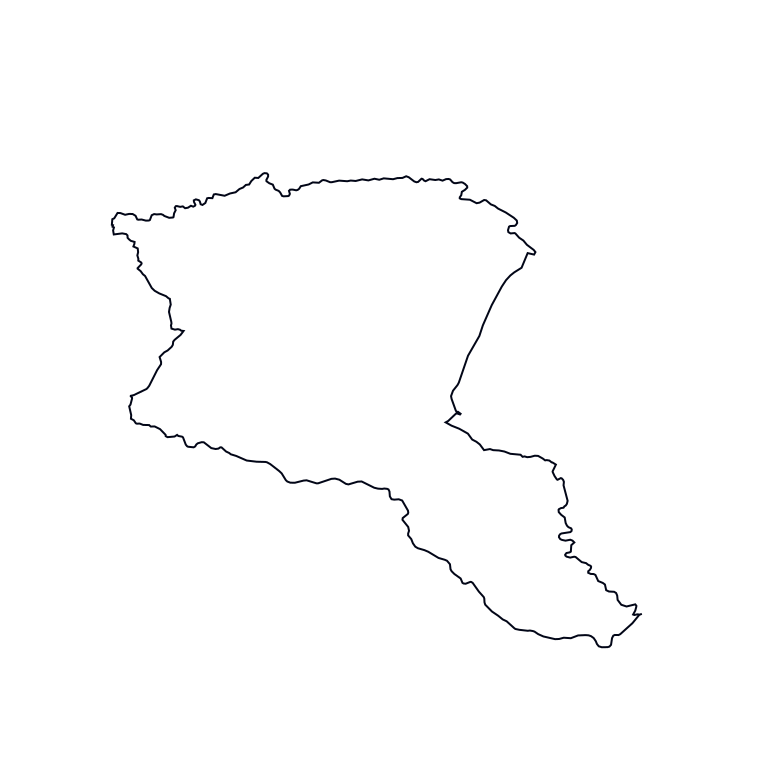 outline of Saraphi, Chiang Mai, Thailand, rotated 282°
{"feature_id": "78962969B91762901064506", "entity_name": "Saraphi", "entity_type": "district", "adm_level": 2, "iso_a3": "THA", "parent_name": "Thailand", "parent_adm1": "Chiang Mai", "projection": "robinson", "projection_center": [99.016, 18.691], "detail": "fine", "context": "isolated", "style": "outline", "palette": "ink", "viewbox_px": 768, "rotation_deg": 282, "n_neighbors": 0, "source": "geoboundaries", "source_scale": "gbopen_adm2", "svg_char_len": 6153}
<svg xmlns="http://www.w3.org/2000/svg" viewBox="0 0 768 768"><g transform="rotate(282 384 384)"><path d="M596.5,421.6L597.4,419.1L597.4,417.6L595.4,412.7L595.1,410.8L595.7,409.0L597.8,406.2L598.0,404.6L597.3,402.1L595.1,399.0L595.5,395.1L594.2,391.8L593.8,386.0L591.0,382.5L591.3,381.0L592.6,379.1L592.6,378.0L588.8,375.4L588.1,373.8L588.4,371.5L591.4,365.2L591.8,362.5L589.4,359.2L588.2,354.3L586.2,350.3L585.1,341.0L582.8,336.9L582.8,332.0L579.9,326.4L579.6,320.1L576.7,314.1L576.1,309.2L574.7,305.9L573.6,297.8L570.5,290.9L570.2,289.3L571.0,284.7L570.9,282.3L570.4,281.2L567.3,278.5L566.4,272.4L563.5,268.8L560.2,261.5L557.3,260.4L555.9,259.2L555.2,257.8L555.2,254.5L554.6,251.8L553.2,250.9L550.4,252.4L548.6,252.0L547.9,251.2L546.7,246.8L546.8,245.2L549.8,242.6L551.0,240.8L551.6,237.5L552.3,236.3L555.9,233.8L556.5,230.1L557.9,226.9L559.1,226.5L562.9,227.5L564.7,227.1L565.7,225.6L565.4,223.2L564.4,221.8L559.4,218.2L558.9,214.7L554.9,212.0L551.1,210.6L550.0,207.5L546.9,205.3L544.7,202.1L540.7,199.0L538.3,193.7L535.0,189.0L534.8,179.9L534.0,178.1L530.1,177.5L529.5,173.7L528.9,172.4L523.9,171.6L521.4,169.2L521.7,167.3L524.3,165.9L525.3,164.7L525.5,161.6L524.1,159.8L522.7,160.2L520.0,162.3L519.0,162.0L517.8,160.5L518.2,158.1L515.7,155.6L514.6,152.9L515.9,150.3L514.9,147.8L515.0,144.4L514.6,143.3L512.9,142.7L510.7,144.1L507.3,143.2L503.5,143.4L503.0,143.0L501.9,139.3L502.7,134.2L503.5,132.7L503.8,130.6L502.6,126.4L502.4,123.8L500.8,121.7L495.7,120.9L495.0,120.0L494.3,117.1L494.5,112.7L493.6,109.5L493.7,108.4L496.9,106.0L498.0,102.8L497.4,99.4L495.7,95.6L496.4,90.6L495.9,87.8L490.0,85.7L488.7,84.0L483.1,84.7L483.0,85.9L481.4,85.7L481.0,87.3L477.9,87.1L474.1,88.6L476.9,96.6L477.0,100.7L476.0,102.2L473.7,102.8L472.5,104.5L471.4,106.6L471.1,110.5L469.2,110.7L466.4,110.3L465.4,114.9L461.8,116.1L458.5,116.0L455.4,117.7L453.6,118.0L452.4,121.2L451.7,121.8L450.6,121.7L446.1,118.9L445.6,119.0L443.8,122.5L441.2,125.4L440.0,127.8L429.6,136.9L427.5,140.3L425.9,145.3L424.6,152.5L423.0,155.5L422.8,156.8L417.3,158.9L413.9,158.5L409.8,158.7L400.4,163.1L398.7,163.6L397.2,163.4L394.0,164.6L393.7,168.2L394.8,171.0L394.7,173.1L394.0,174.5L394.2,176.9L389.7,174.8L383.8,170.1L381.7,169.0L378.4,169.3L376.3,168.6L371.8,165.4L369.3,162.5L363.7,158.9L359.2,161.4L357.0,161.8L350.4,159.2L333.4,154.7L330.9,153.5L329.7,152.7L321.0,141.4L319.8,138.8L319.4,138.8L318.4,140.3L317.4,140.6L311.1,140.3L309.2,139.4L301.0,143.2L297.4,143.7L296.5,146.8L294.0,149.4L293.8,150.5L294.5,153.3L293.9,156.9L295.0,162.8L293.9,164.7L294.8,168.5L293.3,174.3L288.9,180.9L287.6,181.3L287.0,183.3L289.1,190.1L291.2,192.2L290.4,193.6L290.5,197.4L290.0,198.5L283.5,202.7L282.2,204.3L281.9,205.4L282.5,211.0L283.7,212.3L285.8,213.0L287.3,214.2L289.2,217.8L289.5,219.9L285.4,228.4L285.4,232.8L286.4,235.5L288.0,237.0L288.2,238.3L285.1,243.6L284.3,247.0L283.4,248.7L282.9,254.4L280.6,265.6L281.5,275.6L283.1,284.2L283.1,285.8L282.0,289.4L277.0,299.7L275.3,302.5L269.5,308.0L268.5,309.7L268.0,312.9L268.9,317.4L272.8,325.4L273.7,328.3L272.8,338.6L273.1,340.1L280.3,352.3L281.3,355.8L281.1,360.2L278.4,367.5L278.4,370.1L283.0,378.6L284.0,382.4L280.5,396.0L280.4,399.9L281.0,404.0L281.8,406.0L282.1,408.9L281.8,410.3L280.0,411.7L275.3,413.1L272.9,415.3L273.0,418.0L274.3,422.4L273.8,426.0L265.1,433.8L263.1,434.5L261.8,434.3L256.8,430.2L255.0,430.3L249.2,437.4L245.6,439.0L242.8,438.7L240.9,439.1L238.0,442.9L234.2,445.4L231.4,448.4L230.4,451.3L229.9,458.1L229.1,462.2L225.2,473.5L224.7,480.0L224.2,482.4L221.4,486.0L216.6,487.6L214.9,489.1L212.8,492.3L209.7,499.4L205.8,502.1L205.4,503.3L205.6,505.4L208.4,509.6L208.5,510.5L207.9,512.1L200.7,519.9L196.3,525.9L195.0,526.7L191.3,527.7L189.2,528.9L183.9,536.9L181.1,543.8L178.4,549.1L177.4,553.3L172.4,561.9L171.7,563.4L171.7,567.5L172.5,575.9L173.2,578.0L173.3,581.0L173.1,582.7L171.4,586.8L170.2,592.4L170.0,604.4L171.0,608.3L173.2,612.6L174.2,619.6L178.4,626.1L180.3,633.4L180.7,636.4L180.4,638.9L179.1,641.9L176.4,644.7L174.0,646.3L172.1,648.6L171.8,651.8L173.1,657.4L174.0,659.1L176.1,660.3L182.8,659.9L185.5,660.6L186.5,661.9L187.2,665.6L188.4,667.1L201.8,676.8L211.3,681.7L212.8,684.0L211.6,682.2L211.4,679.8L210.1,676.9L210.3,675.6L214.6,676.9L218.6,677.1L219.5,677.0L220.7,675.6L216.8,667.5L217.4,662.0L221.4,657.4L225.5,656.1L227.8,654.5L228.6,652.3L227.8,647.2L228.5,644.2L233.8,641.8L234.9,639.4L235.8,634.5L241.2,630.5L241.7,628.6L241.2,625.7L241.8,623.0L243.3,622.7L245.0,624.0L247.1,624.7L248.3,624.6L249.1,623.9L249.6,621.3L250.8,618.9L250.9,614.4L254.6,607.4L254.6,605.9L252.9,602.2L253.1,598.4L253.9,597.0L254.7,596.7L256.6,597.6L257.9,600.6L258.9,601.6L265.3,600.7L268.6,603.1L270.0,600.9L270.4,598.6L268.5,594.1L268.5,590.5L268.9,588.7L270.5,587.0L272.1,586.8L273.8,587.6L274.7,588.7L277.9,597.1L279.2,598.0L280.7,597.9L281.7,597.1L282.3,594.2L283.5,592.4L285.8,590.6L291.0,588.5L292.9,584.5L295.0,581.6L297.2,580.9L297.9,581.1L299.4,582.9L300.3,585.3L301.8,585.9L303.0,587.1L304.8,587.8L307.9,587.9L322.2,580.7L325.7,580.3L327.4,579.2L328.6,577.5L328.7,576.5L326.4,573.7L326.6,572.9L329.4,570.0L332.8,567.4L333.6,567.1L340.9,568.9L342.3,565.0L342.2,564.3L343.5,561.7L343.4,559.0L342.8,557.5L344.1,554.8L345.7,549.7L345.2,546.4L343.2,542.5L342.2,539.3L342.4,536.6L341.6,534.7L343.2,532.3L342.0,522.1L343.0,515.8L342.9,510.3L342.0,504.5L342.4,501.2L340.1,495.6L344.8,490.3L346.7,486.4L348.0,481.8L352.9,476.4L355.9,466.8L357.3,458.7L359.3,452.3L361.2,454.5L369.8,460.4L370.4,461.6L370.0,464.7L370.8,465.1L372.2,462.1L371.8,460.8L373.0,459.7L383.5,453.2L386.1,452.1L391.8,452.9L398.2,456.1L400.9,456.9L429.1,460.3L450.8,467.3L461.9,468.5L483.6,473.0L503.9,479.0L511.0,481.8L516.4,485.0L520.3,488.2L526.3,494.4L541.9,497.3L541.8,503.9L544.5,504.7L546.3,502.5L549.9,494.8L553.3,490.5L555.2,485.8L558.5,481.3L558.8,480.4L557.6,476.5L558.4,474.1L560.2,473.3L563.9,473.6L564.7,474.5L565.9,479.0L567.0,480.0L569.2,480.8L571.5,479.9L573.6,476.4L577.1,467.4L579.3,459.1L581.2,455.3L581.9,451.2L584.9,445.7L584.8,443.7L581.3,439.8L580.1,437.0L582.1,429.7L580.9,421.1L581.3,419.5L582.4,419.3L584.7,420.3L588.2,420.2L590.7,422.8L593.4,424.6L594.8,424.2L596.5,421.6Z" fill="none" stroke="#020617" stroke-width="2"/></g></svg>